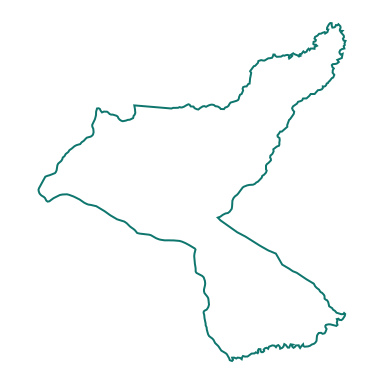 the district of Nova Santa Helena, Mato Grosso, Brazil
{"feature_id": "56859067B79529427540135", "entity_name": "Nova Santa Helena", "entity_type": "district", "adm_level": 2, "iso_a3": "BRA", "parent_name": "Brazil", "parent_adm1": "Mato Grosso", "projection": "mercator", "projection_center": [-54.856, -10.911], "detail": "fine", "context": "isolated", "style": "outline", "palette": "teal", "viewbox_px": 384, "rotation_deg": 0, "n_neighbors": 0, "source": "geoboundaries", "source_scale": "gbopen_adm2", "svg_char_len": 5927}
<svg xmlns="http://www.w3.org/2000/svg" viewBox="0 0 384 384"><path d="M304.5,346.7L308.1,346.4L310.3,345.6L311.6,344.6L314.1,343.7L315.4,342.6L316.5,340.9L317.0,335.8L317.6,334.5L318.8,333.0L321.0,332.8L322.6,333.8L324.6,333.3L325.5,331.9L326.6,329.0L325.5,327.3L325.3,326.0L326.0,324.9L328.5,324.3L330.5,324.4L336.3,325.9L337.5,324.9L336.8,322.4L337.4,320.8L336.8,319.1L338.4,318.7L339.6,319.9L341.4,320.1L342.7,319.1L344.7,316.1L345.2,314.0L344.1,313.0L343.3,314.1L341.3,314.2L336.5,312.7L335.0,310.9L333.0,309.6L332.2,308.2L329.2,306.3L328.2,302.1L327.1,300.3L325.8,299.7L324.6,298.7L324.5,296.0L323.8,294.7L322.0,292.8L320.8,292.2L319.8,291.0L319.1,289.7L316.6,287.8L315.2,286.3L313.8,283.7L306.3,279.2L296.8,272.8L292.8,271.2L289.3,268.8L282.2,264.6L275.9,253.6L268.2,250.4L259.6,245.5L245.5,236.6L237.3,232.3L220.5,220.4L217.8,217.6L220.3,216.7L222.7,214.9L225.4,213.5L227.9,213.0L229.6,211.7L231.7,208.9L232.1,206.4L232.4,200.7L233.4,198.3L234.9,196.4L236.8,195.0L238.0,193.8L242.6,187.6L243.6,186.8L247.1,185.4L249.5,184.9L253.0,184.7L254.8,183.9L256.4,182.4L257.9,181.7L261.7,177.7L262.3,175.8L264.0,174.8L266.0,172.6L266.7,170.6L266.0,169.3L266.0,165.5L267.0,164.0L268.5,162.9L270.9,160.4L270.9,159.0L270.1,157.6L270.4,155.6L272.3,154.0L273.6,151.4L273.3,149.3L276.8,146.6L279.0,145.7L279.4,144.3L279.3,142.7L279.7,140.1L279.5,138.1L277.7,136.7L277.5,135.3L278.9,133.6L280.2,131.6L281.8,131.6L287.3,126.8L287.2,125.1L289.1,119.9L290.2,119.0L293.7,114.0L294.2,111.7L292.8,110.0L292.1,108.2L293.0,106.4L296.9,103.7L298.1,101.8L300.6,101.1L302.2,100.3L303.0,98.5L306.5,98.4L309.2,96.0L310.7,94.0L314.6,94.0L317.9,90.2L320.2,89.9L321.8,89.3L322.8,88.2L322.8,86.4L324.1,86.6L325.3,86.1L326.2,85.0L326.7,83.5L328.0,83.0L328.6,81.8L329.7,80.9L331.8,78.2L333.2,77.5L334.3,74.9L332.6,72.7L332.8,70.1L333.8,68.4L332.5,67.3L331.8,65.1L332.7,64.2L335.8,63.9L337.3,63.3L338.8,62.0L337.3,59.9L341.8,58.0L342.6,53.8L340.7,54.6L339.7,53.3L339.4,52.0L340.3,50.1L342.2,49.0L344.4,48.5L343.7,46.1L344.8,45.0L344.5,43.4L345.5,40.9L343.7,40.6L342.9,38.8L344.0,37.1L343.7,35.5L341.0,32.4L342.4,30.9L339.9,30.7L339.9,29.3L340.6,27.8L340.4,26.3L338.4,24.2L337.5,25.2L335.9,25.1L335.3,26.7L334.1,27.4L332.4,27.6L331.7,25.5L331.7,23.2L330.3,23.0L328.9,24.4L327.1,27.6L327.0,29.2L328.3,29.5L327.4,32.1L325.2,33.5L324.7,32.1L322.5,32.8L321.1,33.6L319.1,33.8L317.5,35.6L315.1,36.9L314.5,38.6L315.9,40.0L315.4,41.3L313.6,41.8L313.3,44.0L314.4,44.8L315.9,44.7L317.0,45.8L314.6,47.0L314.5,48.8L312.6,48.5L310.8,48.5L309.6,50.1L308.6,48.7L307.4,49.9L306.6,51.6L304.8,52.6L303.4,51.4L301.5,53.9L300.0,54.1L299.0,55.2L300.3,55.9L299.0,56.5L297.6,55.4L294.3,54.1L293.2,53.3L290.8,54.9L292.2,55.9L291.1,57.1L289.2,58.5L288.8,57.2L289.4,55.4L287.4,54.9L285.7,55.2L284.4,55.7L283.1,55.4L281.0,56.6L276.8,56.8L275.2,55.8L274.7,54.6L273.4,54.5L272.8,56.5L272.0,57.8L270.1,58.2L268.3,58.3L264.6,60.5L262.9,60.5L261.2,60.1L258.4,61.0L257.9,62.9L255.2,65.8L253.8,66.2L250.1,71.2L251.2,72.9L250.1,78.4L249.6,83.6L248.3,84.0L246.6,86.4L244.8,86.5L243.2,87.1L242.6,88.7L243.1,90.5L242.5,92.0L241.6,94.0L240.1,94.7L239.1,97.0L238.8,98.7L238.2,99.9L236.6,100.8L230.5,102.6L229.2,104.4L228.6,105.7L227.3,106.8L225.1,107.6L224.0,109.1L220.8,109.0L219.7,107.7L217.7,106.5L215.4,106.2L213.9,105.0L211.9,104.6L210.5,104.8L208.7,105.4L206.0,106.8L204.3,106.1L202.7,106.4L200.0,108.1L198.4,109.5L196.8,109.2L194.6,108.2L193.5,106.6L190.7,106.4L189.6,104.7L188.3,104.3L186.3,105.3L184.4,106.5L182.2,107.4L180.9,107.5L179.7,107.1L178.0,107.8L173.0,107.9L171.5,108.5L134.3,105.4L135.0,109.4L135.3,113.0L134.6,114.8L133.7,115.7L133.1,118.1L129.8,119.7L127.7,119.9L125.9,120.6L122.8,121.2L121.4,120.8L119.7,119.7L118.4,118.2L117.7,116.6L116.4,115.7L112.7,114.6L111.1,114.6L109.6,114.0L108.5,112.8L107.1,111.7L103.9,111.6L102.0,112.4L100.7,110.8L99.8,108.9L98.7,108.3L97.0,108.5L96.1,111.8L96.0,115.0L95.5,117.2L94.9,119.3L92.2,124.9L92.3,126.6L93.3,128.9L93.6,132.2L93.1,134.2L92.5,135.3L90.8,136.6L87.0,137.6L85.7,138.7L83.8,140.8L81.6,142.3L80.2,144.1L76.6,145.1L74.5,146.2L71.7,148.6L69.4,150.2L68.3,152.0L65.7,154.0L64.4,156.3L62.8,157.5L62.3,159.2L61.3,160.9L58.2,163.6L57.4,165.2L56.6,170.3L55.9,171.9L55.0,173.1L49.7,175.2L47.5,175.8L45.3,176.7L38.9,188.4L38.5,189.8L38.8,191.5L39.6,193.6L41.3,195.4L43.9,197.0L45.0,198.0L46.3,200.6L47.6,201.6L49.3,201.3L53.5,198.2L59.9,195.0L62.5,194.5L66.9,194.3L69.0,194.8L73.6,196.5L79.6,199.5L84.2,202.7L86.8,204.0L88.5,204.6L90.7,204.9L96.3,206.2L104.6,211.2L110.3,215.3L117.1,219.3L124.4,221.6L126.7,223.2L130.1,226.6L133.6,229.1L135.0,230.3L137.2,233.0L139.7,233.6L149.2,234.7L150.9,235.2L156.3,238.3L159.2,239.4L161.0,239.8L164.3,240.3L173.4,240.4L179.4,240.9L181.9,241.6L185.2,243.0L188.8,244.9L194.8,248.5L195.5,249.5L194.5,253.5L194.2,256.1L194.9,263.8L195.6,268.1L195.7,271.7L196.6,273.0L202.2,275.9L203.7,277.4L204.9,280.9L205.2,283.4L205.0,285.3L204.0,289.4L204.0,291.3L204.5,293.1L207.3,296.6L208.2,298.1L208.5,300.1L209.0,304.7L208.2,307.3L206.7,309.6L204.9,310.5L203.8,311.4L203.6,312.9L204.2,314.8L204.5,318.1L205.6,323.4L205.7,325.4L206.6,327.4L206.8,329.6L208.1,334.3L209.1,336.1L212.5,338.7L213.6,340.0L215.1,343.0L218.3,346.1L221.3,350.6L225.7,353.2L226.9,354.3L229.1,358.2L229.8,360.2L232.0,361.0L233.0,359.9L232.2,357.7L234.1,357.6L236.3,358.5L237.6,357.6L240.1,357.9L241.7,359.2L242.1,357.4L243.0,356.0L244.9,356.6L247.6,356.5L251.5,353.6L254.6,353.4L255.8,352.3L257.7,353.2L258.3,352.1L257.9,350.5L258.7,349.1L260.4,349.2L260.6,350.9L261.4,352.1L262.9,352.1L264.2,350.9L263.7,349.5L265.1,348.2L266.7,347.8L268.1,348.8L269.0,346.7L272.3,345.4L274.6,345.7L276.0,347.2L277.1,345.6L278.3,345.1L279.7,346.5L280.2,348.7L282.3,347.8L283.5,346.5L284.3,344.1L285.8,345.0L287.8,347.6L289.1,347.6L290.6,344.3L292.9,344.7L291.8,345.5L292.5,346.9L293.5,347.8L294.7,347.1L295.9,345.5L298.7,345.3L299.3,346.9L300.1,348.0L301.3,346.2L303.1,344.3L303.4,346.0L304.5,346.7Z" fill="none" stroke="#0f766e" stroke-width="2"/></svg>